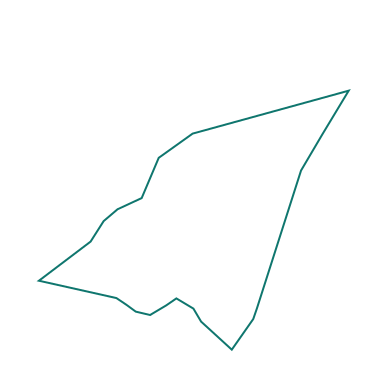 Major Sales, Rio Grande do Norte, Brazil (Robinson projection), rotated 196°
{"feature_id": "56859067B32083777691095", "entity_name": "Major Sales", "entity_type": "district", "adm_level": 2, "iso_a3": "BRA", "parent_name": "Brazil", "parent_adm1": "Rio Grande do Norte", "projection": "robinson", "projection_center": [-38.314, -6.411], "detail": "fine", "context": "isolated", "style": "outline", "palette": "teal", "viewbox_px": 384, "rotation_deg": 196, "n_neighbors": 0, "source": "geoboundaries", "source_scale": "gbopen_adm2", "svg_char_len": 412}
<svg xmlns="http://www.w3.org/2000/svg" viewBox="0 0 384 384"><g transform="rotate(196 192 192)"><path d="M110.3,51.4L98.1,86.8L97.5,98.3L93.1,242.7L82.6,283.3L69.3,332.6L207.5,248.3L233.4,215.7L238.7,172.3L258.8,154.9L268.9,139.7L275.8,116.4L314.7,64.5L235.4,69.2L223.4,65.3L213.1,61.5L198.4,62.2L185.6,75.8L177.7,85.4L158.5,80.3L147.5,69.9L110.3,51.4Z" fill="none" stroke="#0f766e" stroke-width="2"/></g></svg>